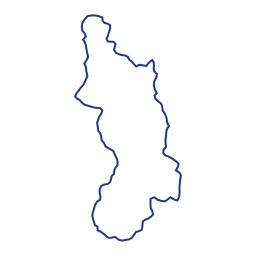 the district of Pedra Bonita, Minas Gerais, Brazil
{"feature_id": "56859067B30367542066922", "entity_name": "Pedra Bonita", "entity_type": "district", "adm_level": 2, "iso_a3": "BRA", "parent_name": "Brazil", "parent_adm1": "Minas Gerais", "projection": "orthographic", "projection_center": [-42.378, -20.47], "detail": "fine", "context": "isolated", "style": "outline", "palette": "blue", "viewbox_px": 256, "rotation_deg": 0, "n_neighbors": 0, "source": "geoboundaries", "source_scale": "gbopen_adm2", "svg_char_len": 2200}
<svg xmlns="http://www.w3.org/2000/svg" viewBox="0 0 256 256"><path d="M75.1,96.2L77.1,98.7L79.7,100.0L81.7,102.4L84.7,104.8L87.7,105.6L90.5,106.5L95.0,107.7L99.9,108.1L102.4,110.3L101.2,113.9L99.2,116.7L98.3,119.3L97.1,122.9L97.9,127.5L98.2,130.7L100.2,133.2L101.2,136.7L101.8,140.5L103.7,142.5L105.6,146.4L109.9,149.0L113.2,150.9L114.5,153.7L115.9,156.8L117.2,159.6L117.6,162.4L117.5,165.3L115.8,167.3L114.4,169.8L113.9,173.9L111.7,176.1L111.1,178.9L110.1,182.1L107.7,184.0L104.1,184.6L101.2,186.0L99.6,189.5L99.8,193.6L100.5,196.6L100.1,199.7L97.0,201.7L95.0,205.1L94.1,208.4L93.2,211.5L92.3,214.6L92.8,218.4L94.0,222.1L94.9,225.1L97.5,226.6L97.6,230.3L101.4,232.1L104.1,234.3L106.5,236.4L108.6,237.9L111.5,237.7L115.2,236.9L118.6,239.7L122.2,240.6L125.3,239.9L129.1,239.4L131.9,237.8L134.0,235.0L136.0,232.0L138.9,231.2L141.8,229.7L142.4,225.7L142.8,221.5L145.2,219.7L148.0,218.7L151.0,216.6L153.1,214.4L152.1,210.8L150.6,207.6L150.5,202.6L150.5,198.8L154.6,197.3L157.4,199.7L161.7,201.0L165.1,201.3L167.7,199.4L170.6,197.3L174.4,199.7L177.4,200.4L179.1,197.1L179.6,192.6L179.5,189.4L179.5,186.6L179.9,182.0L180.5,178.0L180.9,175.3L179.5,172.7L175.8,170.3L178.1,166.5L178.5,163.6L175.9,161.2L172.1,158.5L168.5,156.5L165.1,155.3L163.2,152.8L163.5,150.0L166.1,146.8L165.5,142.9L165.5,138.7L166.1,135.9L166.2,133.1L166.7,129.7L168.8,126.0L167.1,122.3L166.5,117.8L165.0,113.9L162.6,110.2L162.1,105.8L160.6,103.1L158.2,101.4L155.3,98.7L154.6,95.4L156.7,93.3L155.0,89.6L153.8,85.5L154.2,81.6L156.3,77.7L156.9,74.0L154.1,71.3L153.7,68.7L154.0,65.7L153.7,62.4L152.2,60.0L150.0,61.7L148.0,63.6L146.4,65.9L142.9,65.4L139.4,64.7L136.2,66.5L134.1,64.3L131.8,61.7L129.1,59.4L127.6,56.6L124.6,55.4L120.9,54.9L118.3,53.9L116.0,52.8L114.0,49.7L115.6,44.3L113.6,41.8L111.0,41.7L107.7,41.4L106.5,38.8L107.8,36.3L108.8,32.6L110.0,29.1L110.2,25.3L107.4,23.6L104.5,23.0L102.6,20.8L102.4,17.4L98.1,16.0L95.4,15.5L92.2,15.4L87.8,16.0L84.9,18.9L82.5,22.9L81.7,26.7L82.4,30.7L84.7,33.4L85.9,36.5L83.1,39.6L84.6,41.9L85.8,45.1L86.4,48.8L87.1,52.5L88.1,56.9L86.6,60.1L84.3,63.6L86.0,67.1L86.3,71.2L87.4,75.9L85.6,80.1L83.4,84.8L80.9,87.5L79.2,89.9L76.8,92.9L75.1,96.2Z" fill="none" stroke="#1e3a8a" stroke-width="2"/></svg>